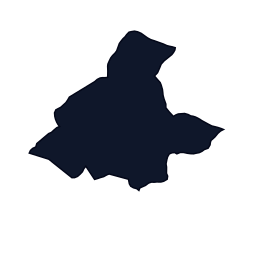 outline of Orlândia, São Paulo, Brazil, rotated 47°
{"feature_id": "56859067B71991495502873", "entity_name": "Orlândia", "entity_type": "district", "adm_level": 2, "iso_a3": "BRA", "parent_name": "Brazil", "parent_adm1": "São Paulo", "projection": "albers", "projection_center": [-47.895, -20.7], "detail": "fine", "context": "isolated", "style": "filled", "palette": "ink", "viewbox_px": 256, "rotation_deg": 47, "n_neighbors": 0, "source": "geoboundaries", "source_scale": "gbopen_adm2", "svg_char_len": 1838}
<svg xmlns="http://www.w3.org/2000/svg" viewBox="0 0 256 256"><g transform="rotate(47 128 128)"><path d="M79.0,217.3L96.8,207.2L103.1,206.3L126.1,202.9L127.9,200.9L129.0,197.9L129.1,194.5L128.9,191.2L127.6,187.9L127.2,184.9L142.8,187.5L144.3,184.5L145.3,182.2L147.0,178.9L147.8,175.6L148.7,173.2L165.8,162.6L169.8,165.1L172.4,165.7L175.4,164.8L178.3,163.0L181.1,162.6L179.9,160.2L181.9,154.4L182.3,150.6L183.5,147.8L185.5,145.8L187.1,143.7L189.9,140.8L191.3,138.2L192.2,134.3L190.2,131.8L187.4,130.8L184.4,127.9L182.8,126.4L180.2,124.7L177.5,121.0L176.1,118.7L175.1,115.5L176.1,112.8L177.8,110.6L180.2,109.9L181.5,106.5L183.7,104.1L187.0,101.8L189.4,99.8L191.6,97.6L192.8,95.5L194.6,92.7L195.5,89.8L195.8,86.9L197.4,83.2L196.3,79.5L194.8,77.7L193.7,75.8L193.8,72.7L193.8,70.4L193.2,65.9L193.3,62.4L194.2,59.2L192.0,60.2L188.9,61.9L186.1,63.7L183.7,65.3L180.4,66.5L176.8,67.7L172.9,69.0L170.7,69.5L168.5,70.2L165.9,71.2L163.8,72.4L161.9,73.9L159.2,74.8L156.0,76.7L153.9,79.3L152.0,81.7L151.1,84.0L150.5,86.9L144.3,86.9L139.0,86.5L136.3,84.0L131.2,81.8L127.9,80.0L126.1,78.6L123.4,76.6L119.3,74.5L116.7,73.5L112.6,73.4L108.0,73.2L107.7,68.7L105.5,63.6L103.9,60.2L103.5,55.7L104.2,45.9L103.8,43.3L102.9,40.5L101.5,38.7L98.8,40.3L96.4,42.0L94.2,43.4L90.6,44.9L85.2,47.7L82.3,49.2L78.9,51.1L75.3,52.3L67.8,53.8L64.3,55.3L61.6,57.2L59.9,59.7L58.6,61.9L58.8,65.4L59.3,67.8L59.3,70.7L59.7,73.6L60.3,76.7L61.7,79.4L63.9,83.7L64.4,86.5L64.5,89.9L65.0,92.8L66.1,95.7L67.5,99.0L68.9,100.7L72.7,104.0L77.1,108.3L75.6,110.4L73.8,112.3L72.4,114.3L71.5,117.3L71.4,120.7L65.4,149.8L66.4,153.0L67.1,156.2L67.0,163.1L65.5,168.3L66.8,171.4L69.6,173.6L72.1,175.0L75.0,176.1L77.8,176.8L80.3,177.0L79.2,179.8L79.0,183.4L79.0,187.0L78.0,189.8L77.2,205.3L79.0,208.4L77.9,211.6L77.9,214.6L79.0,217.3Z" fill="#0f172a" stroke="#020617" stroke-width="1.5"/></g></svg>